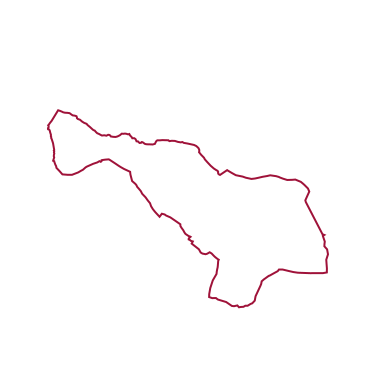 Doguwa, Kano, Nigeria, rotated 307°
{"feature_id": "59680162B97563361057366", "entity_name": "Doguwa", "entity_type": "district", "adm_level": 2, "iso_a3": "NGA", "parent_name": "Nigeria", "parent_adm1": "Kano", "projection": "natural_earth1", "projection_center": [8.639, 10.884], "detail": "fine", "context": "isolated", "style": "outline", "palette": "rose", "viewbox_px": 384, "rotation_deg": 307, "n_neighbors": 0, "source": "geoboundaries", "source_scale": "gbopen_adm2", "svg_char_len": 3750}
<svg xmlns="http://www.w3.org/2000/svg" viewBox="0 0 384 384"><g transform="rotate(307 192 192)"><path d="M237.3,323.5L236.8,321.6L252.5,288.9L253.6,287.5L262.9,285.4L264.6,282.5L265.3,277.6L265.5,275.2L265.6,272.8L264.1,267.0L262.2,264.9L258.9,260.8L257.4,256.6L256.5,253.5L256.2,252.0L256.0,251.6L255.3,249.7L252.4,244.4L250.0,242.4L246.7,239.3L243.0,236.2L240.8,234.3L240.5,234.0L238.2,231.6L235.8,226.4L234.8,223.2L233.8,221.1L231.8,216.9L231.2,212.6L230.6,207.3L230.6,206.9L222.5,204.1L222.3,203.1L222.4,202.0L223.1,201.2L223.8,200.8L224.1,200.2L224.3,199.6L224.1,198.3L223.9,195.4L224.2,191.1L225.1,186.0L225.8,182.6L226.6,180.9L227.2,177.0L228.0,173.7L229.1,173.2L230.2,172.2L231.0,170.6L231.3,167.8L230.8,165.3L227.9,159.0L226.3,155.9L226.1,154.2L224.9,153.2L223.5,150.5L222.5,147.6L220.7,145.0L219.0,143.3L219.1,142.0L217.3,139.5L215.7,137.2L213.8,135.1L212.4,133.2L211.4,132.9L210.1,133.0L208.1,133.4L206.3,132.0L205.0,130.1L203.8,128.5L202.5,126.5L202.0,125.1L202.1,123.6L201.9,122.3L201.5,121.7L200.6,121.7L199.6,120.6L199.7,119.4L199.9,118.5L199.1,117.2L199.6,116.4L200.3,114.9L200.2,113.5L199.0,112.0L199.5,110.9L199.9,108.5L200.6,107.0L199.6,106.3L199.0,104.6L198.3,103.3L197.3,102.3L196.3,100.8L193.8,100.2L191.6,99.1L190.0,97.9L188.6,95.8L187.5,93.7L187.9,92.7L187.8,91.6L187.2,90.6L185.5,89.8L184.5,87.8L182.9,86.1L182.6,84.5L182.4,82.9L181.9,80.9L182.1,79.2L182.5,77.3L182.1,76.0L182.2,74.3L182.5,71.3L182.6,68.4L183.0,66.8L182.3,64.2L182.1,61.8L182.3,59.1L181.6,56.8L181.7,55.7L182.4,55.1L183.0,54.1L182.4,52.4L181.4,50.6L181.3,49.2L181.3,46.8L180.2,44.8L178.9,42.9L178.1,41.1L177.9,39.9L177.4,37.9L176.7,35.9L164.2,37.1L161.7,37.0L159.5,37.1L158.7,37.0L158.5,37.7L158.1,38.0L157.2,38.6L156.6,38.5L156.0,38.8L155.6,39.1L155.5,39.3L155.6,39.6L155.9,39.8L155.8,40.7L155.4,41.5L154.2,42.9L152.8,44.9L151.5,45.8L151.2,46.5L150.4,47.0L149.7,48.3L147.3,51.7L144.0,55.2L142.6,56.7L141.9,56.7L141.3,57.7L140.4,58.0L139.8,58.9L138.7,59.3L137.4,60.1L136.7,61.1L133.4,62.3L133.7,63.4L133.1,64.1L131.6,66.4L130.9,67.9L129.7,69.2L129.0,73.4L128.1,77.9L131.0,82.5L133.5,85.8L139.1,89.3L142.2,90.6L144.1,91.5L147.6,92.2L149.1,92.8L153.6,95.3L154.9,96.0L158.7,98.6L160.9,99.5L161.0,99.6L161.2,100.9L161.4,100.9L161.8,101.1L162.1,101.2L162.5,101.1L163.0,100.7L163.4,101.0L165.7,103.3L168.0,105.9L168.2,107.6L168.6,113.7L168.8,117.7L169.0,120.1L169.5,123.9L170.9,130.4L169.0,132.2L168.1,133.3L164.7,137.6L164.4,141.9L164.0,143.5L163.1,145.2L162.7,147.3L161.9,150.6L160.6,153.3L159.8,158.1L158.6,161.9L157.8,165.2L156.0,167.9L154.7,171.2L153.9,174.4L153.5,176.5L152.7,181.0L156.5,181.0L157.6,183.7L157.6,185.4L158.7,190.0L159.2,202.1L157.8,203.3L157.0,205.4L156.2,208.1L155.5,209.5L154.9,211.0L154.6,212.1L154.8,216.0L155.2,216.9L155.3,217.8L154.3,217.6L153.5,217.4L153.3,217.4L152.7,217.5L152.4,217.6L152.1,217.9L152.3,218.6L152.4,219.4L152.3,220.5L152.6,221.2L152.7,221.6L153.0,222.4L150.6,222.8L150.4,232.0L148.9,235.3L149.1,237.4L150.5,240.3L151.9,241.3L154.5,242.4L154.7,244.7L154.3,247.0L154.0,249.1L153.9,251.5L153.9,253.0L154.0,254.1L152.9,254.3L148.8,256.9L147.3,257.8L145.5,258.6L143.3,259.7L141.3,260.9L133.9,261.8L126.3,264.4L120.8,267.2L118.4,268.9L119.4,272.0L121.7,274.9L121.7,277.4L124.7,285.5L125.0,292.4L126.1,294.3L128.7,296.5L128.5,297.5L128.2,298.9L129.5,300.1L131.3,302.2L133.2,303.0L134.7,304.9L137.7,306.1L138.8,306.7L139.3,307.1L143.0,307.5L147.0,305.5L158.3,303.1L160.2,302.6L162.6,301.4L165.5,302.0L171.3,303.8L171.7,304.2L176.2,306.2L180.4,308.1L182.4,308.1L184.6,311.0L187.3,317.2L189.1,321.2L191.3,325.2L198.2,335.1L205.9,345.3L208.9,348.1L212.2,345.7L215.6,342.7L218.7,340.0L224.1,338.1L227.5,334.4L228.3,330.4L230.2,329.1L232.3,327.9L235.7,322.9L237.3,323.5Z" fill="none" stroke="#9f1239" stroke-width="2"/></g></svg>